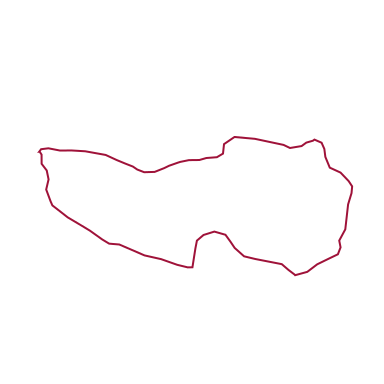 Ludvika, Dalarna, Sweden (Robinson projection), rotated 11°
{"feature_id": "70781695B24825049730842", "entity_name": "Ludvika", "entity_type": "district", "adm_level": 2, "iso_a3": "SWE", "parent_name": "Sweden", "parent_adm1": "Dalarna", "projection": "robinson", "projection_center": [14.755, 60.218], "detail": "fine", "context": "isolated", "style": "outline", "palette": "rose", "viewbox_px": 384, "rotation_deg": 11, "n_neighbors": 0, "source": "geoboundaries", "source_scale": "gbopen_adm2", "svg_char_len": 1155}
<svg xmlns="http://www.w3.org/2000/svg" viewBox="0 0 384 384"><g transform="rotate(11 192 192)"><path d="M34.4,181.5L34.7,181.4L37.2,184.0L39.0,193.0L45.3,198.6L48.8,207.0L48.4,217.4L55.0,228.2L57.5,231.8L74.8,240.6L86.5,244.8L99.1,249.4L112.9,255.7L120.5,258.5L124.4,258.1L130.6,257.4L157.5,263.3L174.5,263.8L191.4,266.3L202.2,266.8L206.4,265.9L206.8,265.8L206.1,246.7L206.1,238.8L211.5,232.0L221.5,226.6L233.0,227.6L239.2,233.4L244.6,238.8L255.4,245.2L266.9,245.7L280.8,245.7L293.9,245.7L301.6,250.1L308.5,253.5L309.1,254.0L320.4,248.4L328.7,239.1L338.9,231.4L347.1,225.3L348.4,218.0L345.8,211.6L349.6,199.4L347.6,174.4L348.8,162.7L348.2,156.5L348.1,155.9L343.7,151.4L334.1,144.6L322.6,141.8L316.2,132.1L313.7,124.5L309.8,118.9L302.2,117.2L300.9,118.6L294.8,121.7L290.8,126.0L279.8,130.1L272.9,128.3L243.6,127.8L223.2,129.9L214.3,138.9L215.1,148.4L209.8,153.1L199.6,155.9L193.1,159.2L182.9,161.3L174.7,164.7L172.7,165.8L164.5,170.6L160.1,173.9L151.5,179.4L141.3,181.7L134.0,180.4L129.1,178.3L120.9,176.8L112.0,175.0L100.2,172.1L79.4,172.4L65.9,174.2L54.5,176.5L42.7,176.5L35.7,178.8L34.4,181.5Z" fill="none" stroke="#9f1239" stroke-width="2"/></g></svg>